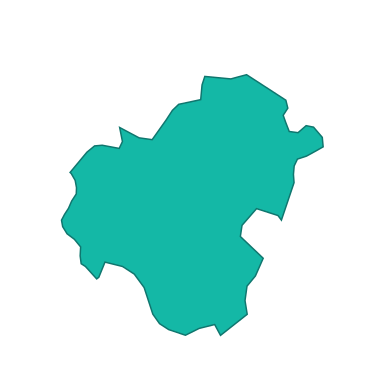 outline of Hongseong-gun, South Chungcheong, South Korea, rotated 123°
{"feature_id": "91817680B43357769940671", "entity_name": "Hongseong-gun", "entity_type": "district", "adm_level": 2, "iso_a3": "KOR", "parent_name": "South Korea", "parent_adm1": "South Chungcheong", "projection": "equal_earth", "projection_center": [126.624, 36.558], "detail": "fine", "context": "isolated", "style": "filled", "palette": "teal", "viewbox_px": 384, "rotation_deg": 123, "n_neighbors": 0, "source": "geoboundaries", "source_scale": "gbopen_adm2", "svg_char_len": 1069}
<svg xmlns="http://www.w3.org/2000/svg" viewBox="0 0 384 384"><g transform="rotate(123 192 192)"><path d="M166.9,101.7L128.6,111.5L122.0,116.5L114.5,120.5L107.0,121.5L99.5,115.5L90.2,110.5L82.7,106.6L75.2,112.5L71.4,125.4L74.2,132.4L84.5,135.4L88.3,143.4L82.6,151.3L78.0,157.3L69.5,157.3L63.9,163.3L63.9,175.2L63.9,191.1L63.9,201.1L63.9,210.1L70.4,216.0L76.0,221.0L88.1,244.2L96.7,241.9L109.8,235.0L125.7,250.9L134.2,252.9L145.4,252.9L169.8,253.9L175.4,265.9L177.3,287.8L187.6,277.8L195.1,276.8L201.7,292.8L206.4,298.8L215.8,301.8L242.0,304.9L242.3,303.3L245.9,296.3L251.3,291.2L256.7,288.0L265.1,288.0L272.9,286.7L280.1,286.7L286.7,286.1L291.5,281.6L295.1,274.0L295.7,265.0L298.7,255.5L306.5,251.0L312.5,245.9L312.5,240.8L316.8,224.6L314.3,223.7L298.2,226.8L292.3,209.7L292.3,195.7L298.2,180.1L307.0,169.2L315.8,158.3L320.1,147.5L320.1,136.6L315.7,119.5L302.5,111.7L290.8,100.8L296.7,90.0L264.5,79.1L254.2,88.4L241.0,94.6L227.9,93.1L208.8,96.2L203.0,127.2L192.7,131.9L170.8,128.8L164.9,107.1L166.9,101.7Z" fill="#14b8a6" stroke="#0f766e" stroke-width="1.5"/></g></svg>